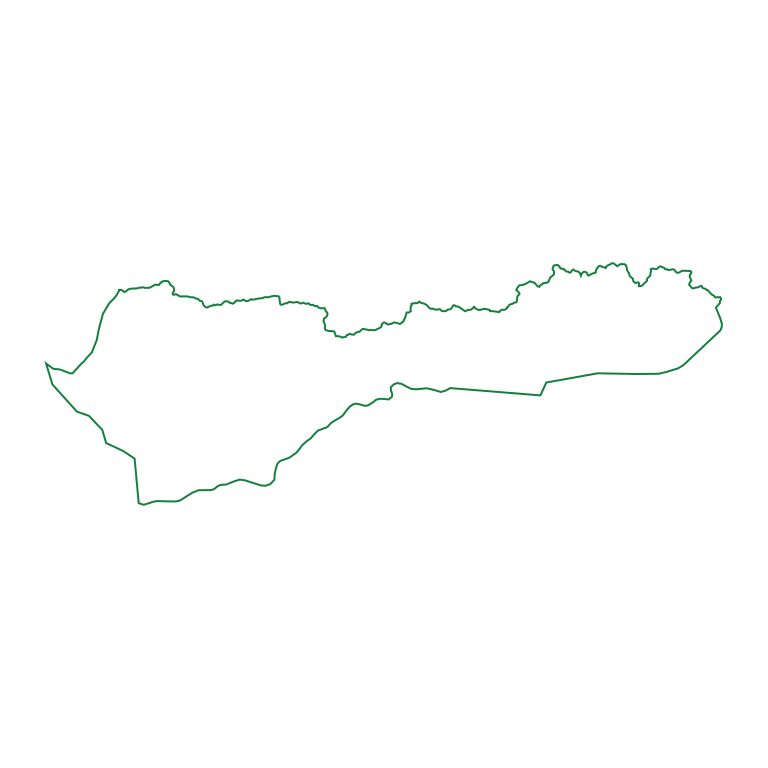 Kemin, Chuy, Kyrgyzstan
{"feature_id": "92254566B21281891478391", "entity_name": "Kemin", "entity_type": "district", "adm_level": 2, "iso_a3": "KGZ", "parent_name": "Kyrgyzstan", "parent_adm1": "Chuy", "projection": "orthographic", "projection_center": [76.498, 42.781], "detail": "fine", "context": "isolated", "style": "outline", "palette": "green", "viewbox_px": 768, "rotation_deg": 0, "n_neighbors": 0, "source": "geoboundaries", "source_scale": "gbopen_adm2", "svg_char_len": 6111}
<svg xmlns="http://www.w3.org/2000/svg" viewBox="0 0 768 768"><path d="M138.7,503.2L143.8,504.8L153.5,501.7L156.4,501.1L174.8,501.5L178.1,501.0L180.3,500.3L192.1,492.8L198.6,490.2L210.7,490.1L214.0,489.2L217.8,486.1L220.7,484.9L226.3,484.5L234.5,481.2L239.8,479.6L245.2,480.4L261.1,485.5L265.7,485.7L270.2,484.2L274.4,479.7L274.7,473.9L276.0,468.1L277.5,463.6L280.3,460.9L289.1,457.8L296.1,452.9L299.7,448.8L301.9,445.6L306.5,441.3L310.6,438.5L314.3,434.2L317.9,430.6L327.3,427.1L330.7,423.3L335.0,420.4L339.1,418.1L342.9,415.4L346.4,410.5L349.9,406.5L353.7,404.0L356.4,403.7L361.2,404.7L364.8,405.9L368.2,405.3L373.6,401.9L376.3,399.6L379.7,398.9L382.0,398.8L388.7,399.4L391.9,396.8L392.3,394.5L390.9,390.3L390.8,387.3L393.9,384.3L397.0,383.1L401.4,383.8L410.9,388.8L415.8,389.3L426.9,388.3L434.3,390.0L440.7,392.0L445.8,390.5L450.2,388.1L540.4,395.4L546.3,382.5L597.6,373.3L635.7,374.0L658.4,373.8L666.3,372.0L678.0,368.4L683.3,365.2L720.3,330.5L721.7,327.2L721.9,323.8L720.2,318.2L715.9,307.7L719.9,303.1L719.9,301.0L721.2,299.6L721.1,299.0L720.1,297.1L718.8,297.3L717.5,297.1L716.1,297.5L715.1,297.3L713.8,295.6L712.3,294.9L710.4,293.2L707.9,290.3L706.3,289.7L705.5,288.8L703.1,288.2L702.4,287.6L701.7,286.1L701.4,285.9L700.8,285.9L697.9,287.4L695.8,287.6L693.4,288.3L692.4,288.3L691.5,287.5L689.3,285.0L689.1,284.1L690.1,282.1L691.3,280.8L689.6,276.2L690.3,274.2L691.0,273.6L691.4,272.9L691.3,272.1L691.0,271.6L690.0,271.0L682.9,270.7L681.1,271.3L679.9,272.1L678.3,272.8L677.3,272.8L675.5,271.6L674.7,270.1L673.9,269.5L672.6,269.3L670.0,269.9L668.1,270.0L667.2,269.2L665.3,269.3L664.0,267.8L660.3,266.3L658.8,267.1L657.0,268.9L656.3,269.1L653.4,268.6L651.2,268.8L650.8,269.1L651.0,270.5L650.2,275.6L647.4,278.4L646.9,279.3L647.0,280.8L641.8,285.7L641.0,286.0L639.2,286.2L638.9,286.2L639.0,283.3L638.5,282.4L638.0,282.3L635.5,283.0L633.4,281.4L632.8,278.6L630.2,276.6L629.6,275.6L628.9,273.1L628.1,272.1L627.0,269.6L626.9,268.3L626.0,265.3L624.2,264.1L622.6,264.3L621.3,264.0L620.5,264.1L617.2,266.2L613.7,263.4L612.0,263.2L610.0,264.5L608.5,265.0L606.4,266.4L606.0,266.9L605.7,268.0L603.2,267.0L601.5,266.7L600.7,265.9L600.0,265.8L598.7,266.3L597.7,267.2L597.4,268.1L596.5,269.2L595.7,271.4L595.6,272.7L592.2,273.6L588.6,275.6L587.7,274.9L587.0,273.2L586.1,272.3L585.0,271.8L583.7,271.9L582.9,272.4L581.8,273.5L580.9,275.8L580.0,273.3L579.5,272.6L578.0,271.5L576.3,271.3L575.0,270.8L573.4,269.5L572.4,270.0L570.6,272.5L569.5,272.7L568.2,271.7L566.4,271.5L565.9,271.2L564.8,269.9L564.1,269.7L563.9,269.1L560.7,268.5L559.9,267.7L559.6,266.7L558.9,266.4L558.7,265.7L557.5,264.9L554.0,265.4L553.6,265.8L553.3,266.3L553.3,267.4L552.7,268.1L552.6,268.7L552.7,269.4L553.9,271.3L554.1,272.8L554.0,273.5L553.3,275.1L550.2,277.5L549.1,280.3L548.1,282.1L545.9,282.9L543.2,283.1L542.8,283.7L539.9,285.7L539.4,286.8L537.8,286.5L534.5,282.8L529.9,281.3L525.3,284.1L521.8,285.1L519.4,285.3L518.0,286.9L516.3,289.8L518.7,292.3L519.5,293.7L519.3,294.3L517.8,295.8L517.3,296.7L517.1,299.6L516.6,301.9L515.9,302.4L514.3,302.7L512.2,303.9L510.9,304.1L509.1,305.1L508.0,306.9L507.5,307.5L506.9,307.5L506.3,308.8L505.8,309.2L504.1,309.9L502.1,309.7L500.0,310.8L499.3,312.1L492.3,311.1L490.1,311.2L489.6,309.9L485.2,308.9L482.8,309.0L481.6,309.6L479.0,310.1L475.3,308.4L475.0,307.7L473.9,306.8L472.9,308.2L470.8,309.7L467.7,310.0L465.7,311.1L465.0,311.2L460.1,307.7L457.4,306.4L455.8,306.3L454.7,305.4L454.0,305.2L453.1,305.5L451.9,307.8L450.1,309.4L447.7,309.5L446.8,310.5L445.8,311.1L441.9,311.1L440.2,309.4L439.7,309.1L436.8,309.7L434.4,309.4L432.5,308.5L430.8,308.9L429.1,307.7L426.7,305.0L423.8,303.5L421.1,302.9L419.2,301.6L418.8,302.3L417.2,303.1L413.1,303.3L411.4,304.0L411.6,305.5L410.8,306.3L410.6,308.7L410.8,311.2L408.7,312.6L407.0,312.4L406.6,312.6L405.9,315.3L404.8,318.5L403.6,320.3L403.7,321.2L400.2,323.9L399.5,323.9L398.0,323.3L394.7,322.5L393.5,322.6L391.6,323.8L390.1,323.9L388.3,324.6L387.2,324.2L384.8,322.6L383.5,322.5L382.2,323.8L381.1,326.9L380.7,327.4L375.4,330.0L373.0,330.3L370.5,329.8L368.9,330.3L367.7,329.8L364.0,329.0L362.5,329.0L359.4,331.8L357.4,332.1L355.3,333.1L354.1,334.6L351.9,334.6L349.8,333.9L349.3,333.9L348.1,334.9L346.6,335.3L345.8,336.8L344.0,337.0L342.4,337.6L339.4,336.3L336.0,336.2L334.4,331.9L333.8,331.3L328.7,331.0L325.7,330.1L325.3,329.6L324.8,328.1L325.1,326.5L324.7,324.0L324.0,322.2L323.5,321.5L324.0,318.5L326.3,317.0L327.2,315.4L327.5,314.1L327.1,312.4L326.1,311.6L324.5,308.1L320.6,308.3L318.7,307.7L317.0,305.9L315.9,306.2L314.0,305.7L312.9,304.8L310.4,304.9L309.6,304.4L308.6,303.3L306.9,303.8L305.9,303.8L303.2,302.7L300.9,303.5L299.3,303.1L298.5,302.4L297.3,302.0L293.1,302.6L289.2,301.8L287.2,303.3L285.4,303.2L282.9,304.5L281.1,304.8L280.2,303.9L280.0,303.2L279.4,297.7L278.7,296.4L278.2,296.2L276.9,296.2L274.5,295.8L271.2,296.4L269.0,297.2L264.7,297.2L262.5,298.1L257.6,298.7L252.5,299.7L250.8,299.2L248.7,300.7L246.8,301.2L245.3,300.9L243.6,299.6L242.8,299.8L241.5,300.7L239.5,300.8L237.3,300.4L236.0,300.8L234.4,302.7L232.7,303.7L230.7,302.9L230.1,303.1L228.3,301.5L225.8,301.2L224.9,301.5L223.4,302.5L221.3,304.7L219.8,305.0L217.9,304.5L217.0,304.5L215.6,305.3L213.9,304.6L212.7,305.7L211.2,305.6L206.9,307.6L205.0,306.8L203.5,305.2L202.9,303.0L202.1,301.5L201.4,301.0L199.7,300.7L199.0,300.1L198.3,299.2L197.6,298.9L195.7,298.4L194.4,297.6L192.2,297.2L190.0,297.2L187.6,296.4L179.9,296.4L175.9,294.1L174.1,294.8L173.0,294.5L172.7,293.3L174.2,290.6L173.8,288.0L173.4,287.2L171.4,285.4L170.5,285.1L169.2,282.6L168.0,281.2L165.5,280.9L162.9,281.3L162.2,281.7L161.9,282.3L160.9,282.3L158.8,285.0L155.0,284.7L149.6,287.8L144.5,287.9L143.7,287.3L142.8,287.3L140.9,287.7L139.5,287.6L137.9,288.2L134.8,288.6L133.3,288.4L131.2,288.8L129.6,288.8L127.7,289.9L125.9,291.5L124.2,292.0L123.1,291.0L121.4,290.0L119.1,289.9L119.3,290.4L116.5,295.3L113.9,298.6L109.4,303.0L102.9,313.9L98.9,329.1L96.7,340.2L91.9,352.3L86.6,358.0L83.6,361.9L82.2,362.8L72.5,373.3L70.3,373.4L60.8,369.8L59.0,369.3L54.1,369.0L53.0,368.6L46.1,363.5L52.4,384.4L77.0,411.7L88.9,415.8L102.3,429.9L106.2,443.1L123.0,450.9L134.6,458.6L138.7,503.2Z" fill="none" stroke="#15803d" stroke-width="2"/></svg>